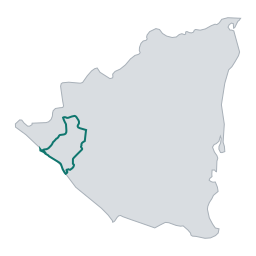 León highlighted on a map of Nicaragua
{"feature_id": "NIC-658", "entity_name": "León", "entity_type": "Department", "adm_level": 1, "iso_a3": "NIC", "parent_name": "Nicaragua", "parent_adm1": "", "projection": "orthographic", "projection_center": [-86.624, 12.561], "detail": "fine", "context": "in_parent", "style": "outline", "palette": "teal", "viewbox_px": 256, "rotation_deg": 0, "n_neighbors": 0, "source": "natural_earth", "source_scale": "10m", "svg_char_len": 3582}
<svg xmlns="http://www.w3.org/2000/svg" viewBox="0 0 256 256"><path d="M240.6,18.3L239.3,20.2L237.8,21.4L234.7,27.6L233.6,28.2L233.3,23.6L231.4,23.1L229.2,24.7L228.0,27.1L230.0,30.1L231.7,30.1L233.8,30.9L239.6,52.0L238.5,55.7L235.1,61.6L231.9,66.7L228.7,69.8L224.8,83.2L221.4,104.8L224.3,124.2L223.1,142.1L224.4,146.4L224.8,151.6L222.0,152.6L220.5,152.5L218.9,149.2L219.0,146.4L220.6,143.0L221.2,138.5L220.4,136.1L218.9,141.3L216.1,143.7L214.2,144.5L212.5,147.1L214.4,152.0L216.9,155.6L217.8,158.1L216.9,161.2L216.5,171.7L215.6,171.4L214.7,170.0L212.1,170.0L211.8,174.2L212.0,176.6L209.8,178.4L209.1,180.2L210.9,181.5L212.9,182.2L215.3,182.0L217.4,187.2L218.1,191.4L213.4,195.4L211.9,198.6L209.3,202.6L207.8,206.4L207.4,209.2L209.3,217.9L212.6,224.1L215.3,228.0L219.0,228.8L218.2,233.0L215.5,235.6L210.5,237.9L205.0,238.3L196.1,236.4L192.4,236.1L191.0,235.1L190.5,233.0L187.9,230.0L183.2,225.9L180.5,226.2L176.1,225.4L168.7,222.7L165.3,222.4L160.5,224.8L154.8,227.9L141.1,223.1L131.5,219.8L122.9,216.7L120.6,215.5L118.7,215.8L117.1,217.4L115.2,220.3L114.6,221.1L113.6,221.9L112.5,222.1L112.5,220.8L108.2,215.1L101.5,208.3L75.8,187.3L66.4,174.8L61.3,165.7L56.5,161.0L42.7,151.4L39.5,147.5L25.9,134.7L15.5,127.1L15.4,123.9L19.7,119.9L21.8,120.1L24.0,123.0L27.7,126.2L29.5,126.2L32.0,124.7L32.1,123.2L46.1,122.6L48.6,121.8L51.1,119.4L52.4,116.1L52.6,112.9L53.2,110.7L55.4,108.5L59.5,107.8L62.7,107.5L63.6,106.0L62.7,101.2L61.0,89.4L60.6,86.2L61.2,83.7L62.5,82.8L68.7,82.2L80.3,83.2L82.6,82.5L87.3,75.8L91.6,70.9L94.7,68.7L97.2,68.0L100.0,72.3L109.9,78.6L111.6,78.2L112.6,77.8L112.9,76.9L112.7,74.1L115.1,71.4L120.2,69.1L125.4,64.9L130.5,58.9L135.0,55.4L138.7,54.3L140.2,52.7L139.3,50.5L139.5,47.4L141.0,43.3L143.2,41.0L146.1,40.3L147.2,39.0L146.6,37.1L147.1,35.0L149.7,31.6L155.9,28.6L159.5,29.5L162.5,33.5L166.7,36.1L172.1,37.5L176.3,37.0L179.3,34.5L181.9,33.7L184.3,34.6L185.6,34.1L185.7,32.0L186.9,31.5L189.3,32.6L191.4,32.9L193.2,32.3L193.9,31.3L194.2,30.3L195.6,29.5L200.2,30.2L205.4,28.9L211.2,25.7L215.0,24.2L216.9,24.6L219.2,22.9L221.8,19.3L227.8,17.7L240.6,18.3Z" fill="#d9dde1" stroke="#a8b0b8" stroke-width="1"/><path d="M65.6,173.8L64.6,172.6L62.7,169.3L61.0,164.4L60.5,163.6L59.2,162.5L48.9,156.2L48.3,155.4L45.4,153.7L43.9,152.1L40.4,150.5L40.3,149.3L40.9,150.1L41.8,150.7L43.0,151.2L44.1,151.4L42.9,150.1L44.0,149.5L46.5,149.2L47.4,148.8L48.3,148.3L48.7,148.0L51.3,145.3L52.4,143.6L52.8,142.6L52.9,142.3L53.9,141.4L55.2,140.0L56.4,138.6L57.4,138.2L58.4,137.0L59.1,135.7L59.5,135.3L60.0,135.0L63.6,134.5L64.4,134.3L64.7,134.2L65.6,133.6L66.3,132.2L66.4,130.6L66.0,124.3L65.3,122.9L64.7,121.8L63.6,119.3L63.1,117.6L64.0,117.2L64.5,117.2L65.1,117.2L65.9,117.4L66.9,117.9L67.5,117.9L68.5,117.7L71.8,116.5L74.6,115.9L75.2,116.1L75.6,116.3L76.5,117.2L77.9,119.4L78.4,120.1L78.6,120.6L79.0,121.8L78.9,123.5L77.8,125.4L77.7,126.0L77.7,126.5L78.2,127.4L79.9,128.2L86.1,130.0L85.9,131.3L85.3,136.4L84.8,141.0L82.9,142.2L82.1,142.9L81.7,143.5L81.6,143.8L81.5,144.0L81.4,144.7L81.4,144.9L81.5,145.1L81.5,145.3L81.4,145.6L81.1,146.5L81.0,146.8L81.2,147.2L81.2,147.3L81.7,148.0L82.0,148.3L82.1,148.5L82.1,148.8L82.1,149.0L82.1,149.3L81.9,149.6L77.0,154.5L73.7,157.9L73.0,158.9L72.9,159.7L72.9,163.3L72.9,163.7L73.1,164.0L73.3,164.1L73.5,164.3L73.9,164.7L73.9,165.6L73.3,167.0L72.3,168.2L70.4,169.6L70.1,169.8L69.3,169.6L68.5,169.4L68.3,169.3L68.2,169.4L67.3,169.7L66.9,169.7L66.8,169.8L66.6,169.9L66.5,170.0L66.5,170.3L66.6,170.7L66.9,171.4L67.2,171.7L67.2,171.8L67.3,172.0L67.3,172.3L67.0,172.7L66.9,172.9L65.6,173.8L65.6,173.8Z" fill="none" stroke="#0f766e" stroke-width="2"/></svg>